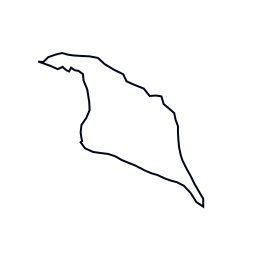 La Nya, Logone Oriental, Chad (Natural Earth projection), rotated 320°
{"feature_id": "50815135B28220035440725", "entity_name": "La Nya", "entity_type": "district", "adm_level": 2, "iso_a3": "TCD", "parent_name": "Chad", "parent_adm1": "Logone Oriental", "projection": "natural_earth1", "projection_center": [16.579, 8.562], "detail": "fine", "context": "isolated", "style": "outline", "palette": "ink", "viewbox_px": 256, "rotation_deg": 320, "n_neighbors": 0, "source": "geoboundaries", "source_scale": "gbopen_adm2", "svg_char_len": 1100}
<svg xmlns="http://www.w3.org/2000/svg" viewBox="0 0 256 256"><g transform="rotate(320 128 128)"><path d="M82.5,108.5L82.1,116.1L85.9,124.0L91.9,130.6L96.2,135.2L100.1,141.6L102.6,148.5L105.4,153.8L109.6,161.7L113.5,171.2L116.9,177.9L120.3,182.8L123.7,190.2L127.1,196.0L130.6,200.9L133.7,208.3L134.2,217.7L132.8,228.8L135.1,236.6L140.2,230.4L141.3,223.5L143.0,213.6L145.4,203.9L146.5,197.7L148.9,187.7L151.2,182.2L154.8,175.5L158.6,170.0L163.5,163.4L167.4,158.8L169.7,152.4L173.0,146.3L172.1,140.5L170.7,132.6L173.9,125.3L170.3,121.1L165.2,117.4L165.4,107.9L160.1,98.0L156.9,91.3L158.9,83.8L154.8,74.6L151.2,64.0L150.0,55.0L144.8,48.6L139.4,43.6L133.4,37.9L129.1,33.2L125.6,28.1L119.6,25.2L112.6,22.5L105.4,23.0L102.1,19.5L102.0,19.4L104.5,23.7L108.7,30.9L112.0,37.8L117.2,39.1L117.2,39.7L117.3,39.7L117.3,39.9L117.9,44.1L119.2,46.8L123.2,45.2L124.3,49.5L125.7,51.1L126.8,52.4L128.1,57.8L124.5,63.0L121.6,72.2L115.0,83.2L110.0,89.7L102.3,93.6L94.4,95.7L88.9,100.9L87.8,102.7L86.4,104.9L86.1,105.4L85.9,105.7L84.5,108.5L84.3,108.5L82.5,108.5Z" fill="none" stroke="#020617" stroke-width="2"/></g></svg>